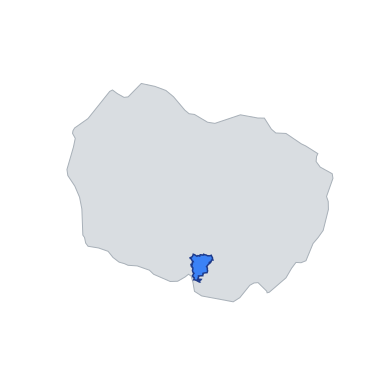 Saraj, Saraj, North Macedonia shown in context, rotated 216°
{"feature_id": "65306769B68285102273894", "entity_name": "Saraj", "entity_type": "district", "adm_level": 2, "iso_a3": "MKD", "parent_name": "North Macedonia", "parent_adm1": "Saraj", "projection": "albers", "projection_center": [21.239, 42.003], "detail": "fine", "context": "in_parent", "style": "filled", "palette": "blue", "viewbox_px": 384, "rotation_deg": 216, "n_neighbors": 0, "source": "geoboundaries", "source_scale": "gbopen_adm2", "svg_char_len": 2398}
<svg xmlns="http://www.w3.org/2000/svg" viewBox="0 0 384 384"><g transform="rotate(216 192 192)"><path d="M174.8,102.9L180.5,103.7L192.9,100.0L200.7,95.1L204.6,94.3L209.8,92.4L217.4,92.6L225.0,94.7L234.7,91.8L244.2,87.0L248.0,88.2L252.2,92.0L255.0,93.0L271.1,113.5L279.9,121.7L290.3,127.9L302.1,132.3L306.4,136.7L314.3,158.6L318.0,166.8L323.1,169.2L324.3,171.6L324.6,174.8L319.3,190.3L317.7,225.0L316.3,227.8L310.4,227.7L302.6,228.6L299.6,231.4L296.8,250.0L284.2,255.6L272.8,258.8L263.0,258.2L245.9,254.0L240.4,253.6L235.6,256.2L220.4,257.6L213.8,261.0L198.2,282.9L182.3,290.5L176.9,294.3L164.7,289.5L158.9,289.0L150.4,294.6L131.9,295.2L127.0,296.1L112.7,297.0L112.1,293.9L109.5,289.6L102.9,287.5L89.3,289.2L86.0,285.9L80.5,267.4L76.2,264.4L71.4,258.1L63.3,238.0L63.2,229.2L63.8,221.5L59.4,203.4L62.2,198.9L66.5,196.1L66.6,188.8L65.5,177.8L70.6,156.2L72.0,154.6L73.3,155.7L85.3,157.5L88.4,154.8L90.4,150.5L91.2,134.7L94.1,127.4L123.1,113.6L131.6,113.1L138.2,119.5L143.3,123.5L146.5,123.4L147.6,119.3L151.1,111.4L157.0,106.8L174.6,102.9L174.8,102.9Z" fill="#d9dde1" stroke="#a8b0b8" stroke-width="1"/><path d="M139.3,152.1L139.9,151.0L142.0,149.5L143.7,149.3L144.7,148.7L146.0,148.5L145.9,147.5L148.4,146.1L148.5,145.5L148.1,144.7L149.9,144.0L150.2,142.9L152.8,142.8L154.4,142.4L154.0,141.4L153.8,139.7L154.9,137.6L154.2,137.2L153.5,137.6L151.5,136.5L150.6,136.6L150.0,136.3L150.4,135.9L150.4,135.3L149.4,134.1L149.2,133.1L149.5,133.0L150.0,133.5L150.2,133.1L150.4,133.4L150.2,132.7L149.7,132.6L149.2,131.7L148.3,131.9L147.6,131.1L147.0,131.3L146.0,130.2L145.7,129.0L145.1,128.4L144.1,127.7L142.7,127.4L142.9,127.0L142.4,126.1L142.6,124.8L142.3,124.6L142.2,124.3L142.1,124.2L141.7,124.2L141.6,124.3L141.4,124.2L141.0,123.8L140.5,123.9L140.2,124.0L139.8,123.9L139.4,123.1L139.1,122.5L139.0,122.0L138.3,122.6L137.4,122.7L136.8,123.2L135.3,123.1L134.4,123.5L133.2,123.4L132.8,123.8L133.6,124.0L133.7,125.3L133.2,125.9L133.2,126.7L135.0,125.6L135.0,125.1L135.8,124.4L136.1,124.7L136.5,126.6L136.9,126.8L136.8,127.7L137.3,128.0L134.1,130.6L134.5,131.0L134.6,131.9L135.3,132.6L134.1,134.1L132.4,135.6L133.0,137.4L134.0,138.2L134.8,139.5L135.1,139.5L135.9,140.2L137.0,140.1L136.2,140.5L136.3,143.0L135.8,144.5L136.3,144.9L135.8,145.1L136.2,145.7L135.7,146.1L136.1,146.4L135.7,147.1L136.2,148.4L135.1,149.3L136.4,150.2L136.6,150.7L139.3,152.1Z" fill="#3b82f6" stroke="#1e3a8a" stroke-width="1.5"/></g></svg>